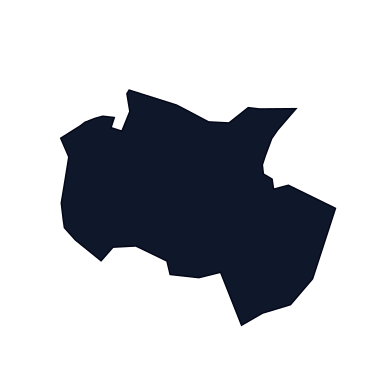 the district of Busanjin-gu, Busan, South Korea, rotated 198°
{"feature_id": "91817680B32751924176777", "entity_name": "Busanjin-gu", "entity_type": "district", "adm_level": 2, "iso_a3": "KOR", "parent_name": "South Korea", "parent_adm1": "Busan", "projection": "mercator", "projection_center": [129.046, 35.154], "detail": "fine", "context": "isolated", "style": "filled", "palette": "ink", "viewbox_px": 384, "rotation_deg": 198, "n_neighbors": 0, "source": "geoboundaries", "source_scale": "gbopen_adm2", "svg_char_len": 737}
<svg xmlns="http://www.w3.org/2000/svg" viewBox="0 0 384 384"><g transform="rotate(198 192 192)"><path d="M103.7,80.6L87.5,98.6L63.5,115.3L50.5,146.7L50.5,187.5L50.5,220.6L50.5,220.8L102.4,228.2L115.3,219.9L119.8,229.0L129.7,231.2L133.5,239.6L133.5,249.4L132.7,267.6L129.7,277.5L122.1,295.7L118.8,303.4L153.2,291.9L164.6,289.6L178.2,269.1L197.9,263.8L224.4,268.4L233.5,269.9L283.3,269.5L284.3,265.4L276.0,249.4L277.5,228.2L288.9,228.2L288.9,238.8L300.3,236.5L307.1,232.0L315.4,225.2L318.5,220.6L333.5,202.6L320.0,187.3L316.5,164.8L312.9,141.1L305.8,125.7L302.3,118.6L288.0,110.3L257.2,98.5L250.1,115.1L228.8,123.3L194.5,118.6L187.3,106.8L158.9,112.7L140.0,124.5L103.7,80.6Z" fill="#0f172a" stroke="#020617" stroke-width="1.5"/></g></svg>